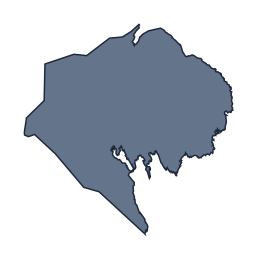 Berlevåg nor, Finnmark, Norway, rotated 95°
{"feature_id": "86288312B55537413701399", "entity_name": "Berlevåg nor", "entity_type": "district", "adm_level": 2, "iso_a3": "NOR", "parent_name": "Norway", "parent_adm1": "Finnmark", "projection": "orthographic", "projection_center": [29.154, 70.681], "detail": "fine", "context": "isolated", "style": "filled", "palette": "slate", "viewbox_px": 256, "rotation_deg": 95, "n_neighbors": 0, "source": "geoboundaries", "source_scale": "gbopen_adm2", "svg_char_len": 5748}
<svg xmlns="http://www.w3.org/2000/svg" viewBox="0 0 256 256"><g transform="rotate(95 128 128)"><path d="M194.0,151.3L232.1,101.9L231.4,102.2L230.2,101.3L229.1,101.6L228.9,101.3L229.1,101.1L228.7,101.1L228.9,100.9L228.6,100.8L228.8,100.5L227.6,100.1L227.9,99.9L224.3,99.7L221.4,101.3L220.8,102.4L220.1,102.2L218.7,103.3L217.6,103.2L212.4,107.5L212.4,108.1L211.8,108.3L212.0,108.4L211.9,109.0L204.0,112.6L202.6,114.2L198.5,114.9L198.2,115.1L198.6,115.4L198.4,115.7L196.1,115.6L191.7,117.5L190.6,117.0L185.6,117.9L184.5,116.9L181.8,117.0L175.1,123.5L172.7,122.8L170.8,119.1L170.3,119.0L170.0,119.9L170.8,121.3L170.3,122.9L167.8,125.2L167.3,124.9L166.8,125.7L165.7,125.7L165.5,126.7L163.9,127.0L163.2,128.0L163.5,129.9L163.4,130.5L160.2,133.6L160.2,134.0L160.6,134.6L160.4,135.3L159.1,136.9L159.2,137.4L158.5,138.7L156.7,140.6L155.3,141.2L152.9,140.8L152.3,141.3L152.2,142.7L151.1,143.1L150.9,143.0L151.9,142.6L150.9,141.7L151.0,141.1L149.4,140.0L149.7,139.8L149.4,139.8L149.3,140.1L149.3,141.3L149.5,141.3L149.3,140.4L149.6,140.2L149.6,141.2L149.7,140.7L150.5,141.3L150.1,141.5L150.3,141.2L150.0,141.0L149.4,141.4L147.4,141.2L147.2,140.3L147.4,140.0L149.3,139.6L149.3,138.5L149.9,138.0L154.8,137.6L156.2,136.3L155.4,135.5L155.6,135.0L155.0,134.7L153.0,134.6L151.3,133.6L149.9,134.1L149.5,135.1L146.8,133.4L147.7,133.2L147.3,132.9L147.6,132.5L150.3,132.0L151.2,130.8L150.5,130.5L150.7,130.3L150.3,129.9L152.6,129.2L154.6,127.7L155.8,128.3L156.9,127.1L159.4,126.2L159.4,125.5L159.0,125.6L159.2,125.1L158.9,125.1L164.7,121.1L164.3,120.6L165.1,120.8L166.8,119.6L166.5,119.4L166.7,119.0L167.5,118.7L169.1,119.4L169.1,118.6L167.8,117.2L166.7,116.9L166.9,116.7L161.7,118.2L159.6,118.1L159.0,117.2L159.5,116.5L157.0,115.7L157.3,115.3L155.4,115.6L155.1,115.3L155.2,114.7L153.8,113.6L153.8,113.0L155.3,112.3L155.9,111.5L155.5,111.0L157.9,108.7L159.1,108.4L159.5,108.8L159.0,109.3L159.9,109.9L158.7,110.5L161.7,109.2L163.4,108.0L164.4,107.0L164.1,106.8L164.5,106.3L168.0,106.7L169.5,105.0L176.4,102.3L174.6,101.5L168.6,103.2L167.2,103.0L167.6,102.2L166.3,102.2L164.7,103.2L164.9,104.2L164.5,105.0L164.9,105.4L163.9,106.3L161.7,105.6L161.6,104.9L162.1,104.4L162.0,104.1L159.3,104.1L159.5,103.0L158.9,103.0L159.3,102.6L159.2,101.9L157.1,101.7L154.9,102.7L153.1,104.6L151.6,105.1L150.7,104.1L150.5,103.3L151.4,103.0L150.9,102.8L152.4,100.8L151.2,100.4L151.9,99.2L149.9,98.7L149.3,99.2L148.4,98.6L148.9,98.2L148.7,97.8L151.3,96.4L151.8,95.5L159.9,92.0L160.1,91.7L159.6,91.9L164.1,88.7L163.9,88.7L166.1,86.9L165.9,86.7L167.1,86.4L164.8,86.3L164.7,85.7L165.0,85.6L164.2,85.4L167.6,82.9L167.4,82.7L167.9,82.1L167.6,81.6L168.2,81.3L167.9,81.2L168.2,81.1L167.9,80.5L168.5,79.8L168.1,79.7L168.4,79.4L168.0,79.1L168.5,78.4L168.3,78.4L168.5,78.4L168.3,78.3L168.5,78.2L168.4,77.6L170.0,76.8L169.7,76.7L170.2,76.5L170.0,76.3L170.1,76.0L171.9,75.4L168.0,75.9L166.9,74.9L167.1,74.8L164.7,74.4L162.0,72.8L162.1,73.0L161.0,73.4L157.9,71.7L156.6,73.8L156.0,73.9L156.5,73.6L156.2,72.5L156.8,72.2L155.8,71.7L155.6,72.4L155.8,72.7L155.6,72.9L152.6,71.7L150.5,69.9L149.4,67.4L149.1,67.7L149.5,69.0L147.8,68.5L148.5,68.2L148.6,67.5L149.6,66.6L151.2,66.0L151.1,65.4L151.2,65.1L151.9,64.4L151.5,64.2L151.8,63.7L151.4,63.1L151.6,62.6L151.2,62.6L151.5,62.3L149.6,59.7L149.5,58.4L149.7,57.3L150.0,57.0L149.8,57.0L149.9,56.3L151.2,55.7L151.7,54.8L151.2,54.1L151.4,53.8L150.9,52.8L151.1,52.6L150.2,52.2L148.1,49.9L148.2,48.7L148.6,48.2L147.6,47.8L146.9,46.5L147.3,45.7L147.1,45.5L147.2,45.1L147.7,44.5L145.0,43.0L145.5,41.9L145.3,41.8L145.8,41.5L145.6,41.3L142.6,41.5L141.8,40.9L141.7,40.1L140.7,39.9L140.4,40.2L140.8,40.6L137.3,41.8L137.5,42.1L136.8,41.8L136.6,41.9L136.8,42.2L135.5,42.5L134.8,43.4L131.8,42.9L132.8,41.5L132.5,41.5L131.7,41.7L131.8,42.2L131.4,43.0L129.3,43.3L128.3,42.7L128.2,42.3L128.4,41.8L127.2,40.6L127.7,39.9L126.2,39.7L126.0,38.4L125.3,37.3L125.1,37.4L125.8,38.4L126.0,39.7L125.6,39.7L125.7,39.2L125.2,38.9L125.6,39.8L124.6,41.2L122.8,40.5L123.7,39.2L123.2,38.3L122.5,39.2L121.0,38.9L122.6,37.7L123.0,38.0L122.8,37.7L123.4,37.2L122.4,37.0L122.8,36.7L122.8,36.1L124.0,35.8L123.5,35.6L123.8,35.3L123.7,34.8L122.8,34.5L123.1,34.1L122.7,34.3L121.5,33.0L121.8,32.9L121.3,32.2L121.6,32.0L120.6,31.0L118.5,31.3L113.2,30.5L107.8,31.7L106.9,31.6L106.8,30.8L106.2,31.6L106.0,32.8L103.7,33.2L102.5,31.6L104.2,29.9L103.0,28.4L103.5,27.0L102.9,26.4L101.6,26.6L101.0,25.1L100.0,25.8L99.0,25.5L97.2,26.7L94.8,25.9L91.9,27.3L88.4,26.9L88.4,27.5L87.2,27.5L86.6,28.2L83.7,28.0L84.0,28.3L82.7,28.5L82.6,29.2L81.6,29.7L80.3,28.6L78.9,28.8L78.5,29.2L78.7,29.5L78.3,29.5L78.7,30.0L76.0,31.3L76.0,32.0L75.7,33.0L73.7,33.6L73.8,34.1L73.3,34.6L73.0,36.1L71.0,36.4L71.3,36.7L69.4,37.5L69.3,38.4L67.8,39.5L65.7,40.0L65.6,40.3L66.0,40.6L65.3,40.9L65.5,41.4L64.2,43.3L64.4,44.5L64.2,45.6L63.5,46.0L62.5,45.4L62.1,46.3L61.5,46.2L61.6,47.0L61.4,47.2L61.7,47.9L61.1,50.1L58.7,52.4L58.8,52.4L58.0,55.0L56.6,56.2L56.5,57.1L55.1,59.6L54.4,60.4L53.5,60.3L52.4,61.6L52.5,62.7L52.0,65.4L50.0,68.9L49.8,69.5L50.0,69.9L49.6,70.6L50.8,72.6L50.9,74.3L51.9,75.5L51.3,77.2L47.5,80.1L40.5,83.0L40.3,83.7L40.4,83.8L40.2,83.9L40.3,84.2L36.4,88.6L36.0,89.6L34.5,91.2L34.5,91.9L33.5,91.9L32.2,93.2L31.3,94.8L31.3,95.5L29.6,97.9L29.5,98.7L27.5,100.6L25.7,104.2L29.4,115.9L32.9,120.9L34.4,122.5L35.4,122.9L36.1,124.0L41.0,125.2L42.1,126.5L42.0,126.2L43.6,126.8L44.2,128.4L44.9,128.7L43.8,128.9L43.9,129.3L43.7,129.6L44.0,129.7L43.1,130.1L43.8,129.4L43.2,129.5L41.8,131.3L39.5,130.0L36.9,129.3L36.0,129.5L36.0,130.1L35.2,130.7L30.9,128.5L27.2,125.6L25.2,126.3L24.4,125.6L23.9,126.1L31.6,133.3L37.8,141.4L40.1,154.2L59.5,175.5L59.3,188.3L71.5,216.3L108.0,213.9L126.8,230.0L141.4,230.9L144.0,230.4L145.3,226.4L142.6,220.5L160.2,197.9L191.0,166.9L194.0,151.3Z" fill="#64748b" stroke="#1e293b" stroke-width="1.5"/></g></svg>